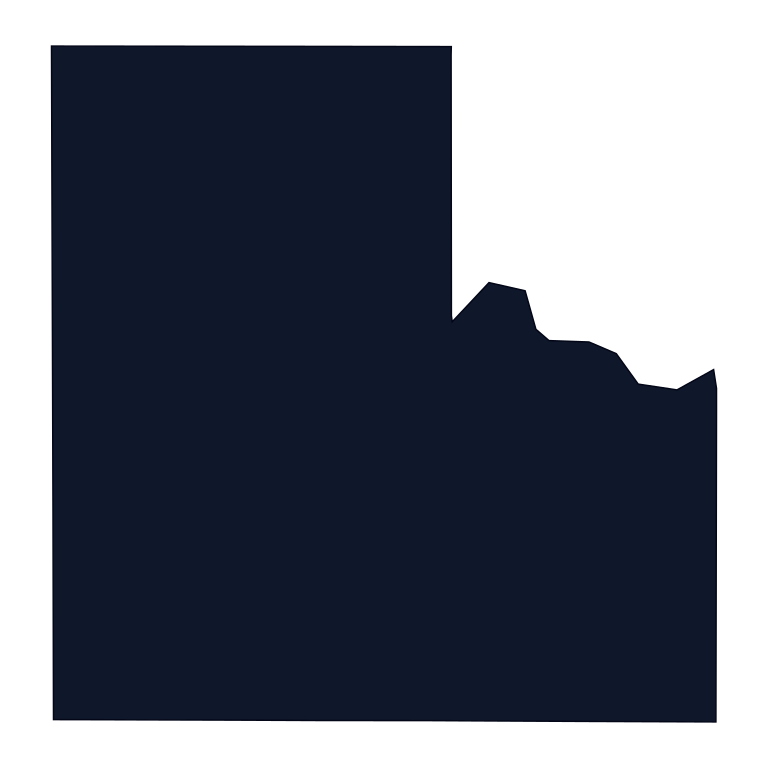 Logan, Oklahoma, United States of America
{"feature_id": "52423323B62151411307499", "entity_name": "Logan", "entity_type": "district", "adm_level": 2, "iso_a3": "USA", "parent_name": "United States of America", "parent_adm1": "Oklahoma", "projection": "mercator", "projection_center": [-97.363, 35.945], "detail": "fine", "context": "isolated", "style": "filled", "palette": "ink", "viewbox_px": 768, "rotation_deg": 0, "n_neighbors": 0, "source": "geoboundaries", "source_scale": "gbopen_adm2", "svg_char_len": 446}
<svg xmlns="http://www.w3.org/2000/svg" viewBox="0 0 768 768"><path d="M51.5,46.1L53.0,512.6L53.5,719.6L97.7,719.7L230.2,720.1L252.3,720.2L318.9,720.5L429.4,720.6L584.1,721.4L715.9,721.9L716.5,410.6L716.5,388.4L713.6,369.6L677.0,389.9L638.2,384.1L616.3,353.7L589.0,342.0L549.0,340.6L535.9,329.3L525.1,290.8L489.0,282.6L452.2,321.8L451.4,315.6L451.1,54.7L451.3,46.6L318.5,46.4L51.5,46.1Z" fill="#0f172a" stroke="#020617" stroke-width="1.5"/></svg>